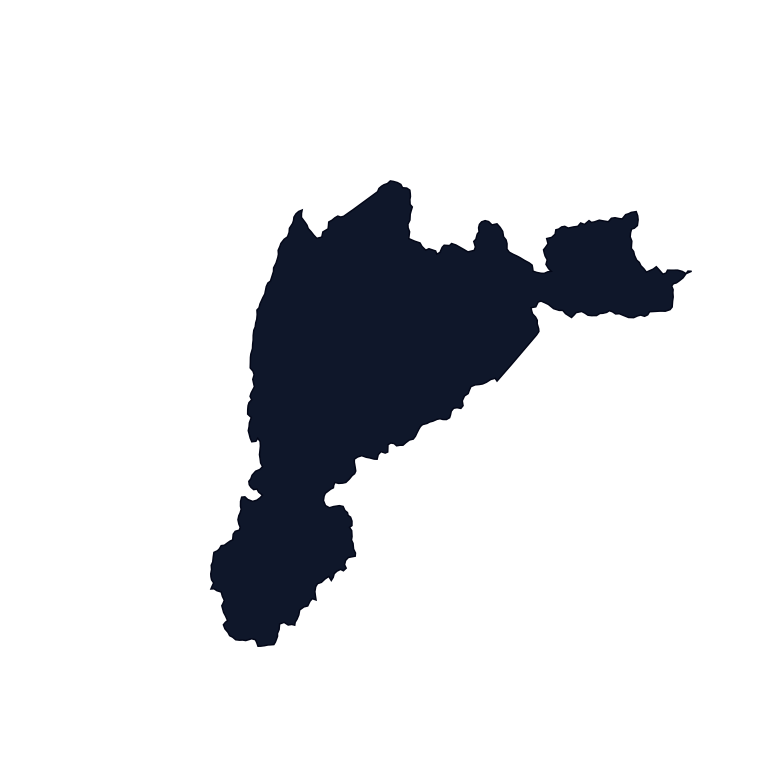 Apiaí, São Paulo, Brazil (Mercator projection), rotated 129°
{"feature_id": "56859067B63180596630366", "entity_name": "Apiaí", "entity_type": "district", "adm_level": 2, "iso_a3": "BRA", "parent_name": "Brazil", "parent_adm1": "São Paulo", "projection": "mercator", "projection_center": [-48.824, -24.415], "detail": "fine", "context": "isolated", "style": "filled", "palette": "ink", "viewbox_px": 768, "rotation_deg": 129, "n_neighbors": 0, "source": "geoboundaries", "source_scale": "gbopen_adm2", "svg_char_len": 6011}
<svg xmlns="http://www.w3.org/2000/svg" viewBox="0 0 768 768"><g transform="rotate(129 384 384)"><path d="M108.1,218.7L108.8,223.1L110.7,227.4L114.0,231.4L117.1,235.3L120.2,234.6L123.1,236.4L122.3,240.9L121.5,246.2L125.3,247.1L129.0,249.0L131.9,250.5L130.9,254.5L130.4,258.8L128.8,262.2L128.7,265.6L126.4,270.2L123.9,273.4L123.0,277.1L120.2,279.1L117.0,281.3L114.7,285.3L111.2,287.6L107.8,289.1L105.4,287.5L101.4,286.8L96.5,289.8L93.6,292.7L91.3,296.5L95.1,299.9L97.6,301.0L100.3,302.8L105.8,302.8L107.4,305.3L109.4,309.1L112.1,311.6L116.7,311.8L119.0,315.8L121.2,319.8L125.6,322.5L127.9,324.5L128.0,327.5L133.8,328.6L135.1,332.5L139.5,332.6L142.9,335.8L146.9,339.0L147.7,342.7L150.1,344.8L153.8,345.8L156.0,347.5L159.9,345.3L164.6,346.0L168.6,349.1L171.8,344.8L176.3,344.5L179.3,344.5L181.3,342.0L183.1,339.4L184.8,335.3L189.1,333.4L190.8,328.6L191.1,324.9L193.7,327.3L197.2,329.1L199.1,331.6L201.2,335.6L202.5,339.2L200.3,341.5L198.4,343.7L198.5,347.4L199.5,352.5L200.2,357.8L200.9,361.3L201.9,365.2L202.7,369.5L201.8,373.3L197.5,376.7L195.2,379.8L194.3,383.8L190.7,387.8L189.2,392.3L188.4,397.0L192.4,400.2L191.9,404.9L193.4,408.2L196.6,410.2L199.9,410.3L203.1,408.8L205.9,405.9L208.8,405.9L213.7,403.7L216.7,404.0L220.0,399.2L223.4,398.0L228.5,401.9L229.2,406.7L230.7,415.6L232.3,419.9L235.2,420.2L238.3,424.6L241.2,424.8L246.6,423.3L249.8,424.8L248.1,427.6L250.6,434.2L253.7,435.8L253.2,441.0L251.7,444.8L253.7,450.1L255.4,456.3L249.6,459.9L247.4,463.6L244.7,466.0L240.3,467.0L235.5,470.5L232.3,471.9L228.6,473.4L228.0,476.7L224.3,480.0L221.7,481.4L219.6,483.3L217.1,485.9L217.4,489.6L219.8,493.1L218.3,496.5L219.0,500.3L220.6,504.1L222.2,506.9L226.1,507.5L229.1,509.4L231.8,510.4L235.2,511.0L238.6,510.0L268.6,517.9L271.6,518.8L279.1,520.9L281.5,522.7L282.6,525.6L285.8,526.8L289.4,527.5L292.9,528.9L295.8,526.9L298.6,525.1L304.3,527.2L309.0,524.8L313.1,527.9L312.5,532.3L311.5,536.6L310.9,540.7L309.0,543.8L308.1,546.7L307.4,549.5L306.5,553.0L303.3,555.5L300.3,557.1L303.6,558.9L307.1,559.5L311.0,559.0L313.9,557.2L316.7,556.1L322.5,555.5L325.8,553.2L330.3,551.6L334.4,552.7L339.6,552.6L342.6,551.5L346.7,550.4L349.6,547.7L352.4,546.2L357.9,544.0L363.2,542.9L366.1,540.7L371.4,538.6L375.5,537.0L378.6,537.8L382.4,536.8L386.0,534.9L389.0,533.3L393.2,532.5L399.7,530.8L403.4,529.1L406.5,529.3L409.8,526.3L413.8,523.6L417.2,522.2L420.7,520.0L424.2,519.0L428.6,516.2L432.1,513.4L435.9,511.0L439.1,508.6L442.1,507.3L444.6,506.3L447.4,504.5L451.5,501.3L455.7,498.1L456.5,493.8L458.6,490.7L463.0,488.9L465.5,485.8L467.7,483.0L474.7,481.6L477.9,480.3L479.5,476.9L483.4,477.2L486.4,476.0L489.8,473.7L493.2,471.0L493.6,466.0L498.9,464.2L502.1,462.0L505.7,460.1L507.8,457.2L510.2,454.0L512.1,450.4L509.1,447.5L505.6,448.0L506.6,444.1L510.0,441.0L514.3,438.2L517.3,436.3L519.9,433.4L523.0,430.2L524.6,426.4L528.5,426.7L532.6,428.9L538.0,429.1L541.5,427.8L544.7,427.8L547.1,425.3L548.0,422.3L548.1,418.8L545.6,416.6L546.9,413.4L546.9,408.5L550.4,408.7L554.3,409.7L557.9,412.2L559.5,417.3L559.2,421.1L561.5,423.4L565.5,421.6L569.3,418.6L571.3,416.1L575.0,414.6L577.6,414.0L581.4,412.1L584.2,408.6L585.8,405.6L588.6,404.5L592.1,406.9L595.6,406.7L600.4,403.5L603.0,404.8L606.6,405.8L609.8,406.6L612.1,408.8L615.6,408.2L618.4,408.5L621.9,410.2L625.8,407.9L630.1,405.1L633.6,404.2L636.8,401.2L640.5,399.2L642.8,397.1L644.7,394.7L645.8,391.2L649.1,390.4L652.2,389.5L650.1,387.2L649.8,383.8L648.1,379.6L650.7,376.0L652.6,372.0L655.8,371.0L658.4,370.5L662.5,364.8L664.0,361.2L666.3,356.7L669.0,357.3L672.2,357.3L674.4,353.5L675.2,349.0L676.7,345.6L676.0,342.3L676.1,338.3L673.9,334.9L672.0,332.8L670.4,330.0L667.9,328.3L665.3,326.6L663.7,323.0L665.0,320.3L667.1,316.9L665.3,314.8L662.5,312.1L659.9,310.0L658.0,307.9L655.8,305.6L652.9,306.0L649.8,307.0L647.0,308.0L644.9,309.8L640.8,311.0L636.2,314.1L632.1,311.6L631.6,306.8L628.9,304.4L627.6,301.6L625.1,303.1L621.4,303.6L617.0,304.9L612.7,307.3L607.7,306.0L604.5,303.6L599.4,304.8L595.9,304.6L594.6,300.9L591.5,304.3L588.8,307.1L584.5,309.5L581.0,310.0L577.5,307.8L572.5,307.1L568.3,305.8L569.9,301.3L566.2,301.8L562.8,303.3L559.1,302.8L555.4,301.1L554.7,298.0L550.9,297.5L549.3,300.9L545.3,302.8L541.2,302.5L535.9,298.0L533.3,299.8L531.4,303.8L527.3,307.8L525.7,311.1L522.7,312.8L518.3,316.8L517.1,320.6L514.2,319.8L510.7,322.6L508.5,326.2L508.7,329.2L506.9,331.5L506.9,334.7L504.9,338.7L506.6,342.1L508.7,344.0L511.0,346.1L514.5,348.5L515.3,353.0L512.7,357.7L508.8,360.0L505.8,360.8L502.9,360.1L499.4,359.3L496.5,358.0L494.2,359.4L491.4,360.2L489.8,356.7L486.9,353.6L484.5,351.7L479.6,351.1L475.2,351.1L472.2,350.4L469.4,351.2L466.4,354.5L463.5,357.8L461.1,359.7L457.4,358.6L453.7,356.2L452.1,351.7L450.4,348.6L448.6,344.5L446.8,342.0L442.6,344.0L438.5,343.8L436.9,339.6L434.5,338.3L431.6,340.5L428.7,342.7L425.6,341.6L423.9,338.6L424.1,335.3L421.6,333.1L419.6,330.7L415.9,330.1L411.5,329.0L408.4,326.6L404.8,326.7L401.2,327.6L397.0,328.5L394.1,328.9L391.3,328.5L387.5,325.7L384.8,324.6L382.1,322.6L378.0,320.5L375.7,318.6L374.5,315.9L372.3,313.1L368.9,311.8L366.3,312.8L362.8,314.6L359.0,314.6L356.4,312.3L354.6,308.9L351.1,308.9L347.8,312.6L342.6,313.9L338.5,312.6L335.0,313.8L331.4,314.8L327.3,312.6L324.5,309.7L321.9,307.4L318.2,305.5L313.3,303.9L309.6,301.2L310.6,298.0L288.4,297.2L249.8,296.3L245.7,296.7L243.7,298.6L240.8,302.8L238.0,305.0L236.6,308.3L236.0,312.7L234.2,315.3L232.2,317.8L228.5,314.6L223.2,315.8L220.7,314.1L219.6,310.1L218.7,306.3L218.7,299.6L216.6,294.3L214.3,291.4L215.1,287.2L214.3,280.1L210.6,279.7L207.6,279.6L203.2,276.0L202.5,272.5L202.2,268.8L200.3,265.8L197.1,261.9L193.3,260.6L191.3,258.4L188.2,256.0L185.2,255.0L184.1,251.9L183.8,248.1L181.3,245.4L180.2,241.7L178.4,235.8L175.3,231.7L171.5,229.8L168.9,227.9L167.4,224.1L164.3,222.6L160.7,223.1L156.9,218.9L153.4,215.1L150.3,211.1L146.2,208.5L142.8,208.5L137.9,211.9L134.4,214.0L131.2,217.0L128.7,218.7L126.8,222.1L123.9,222.2L121.4,220.4L117.9,219.4L113.3,218.4L108.1,218.7ZM108.1,218.7L102.8,215.9L105.0,218.9L108.1,218.7Z" fill="#0f172a" stroke="#020617" stroke-width="1.5"/></g></svg>